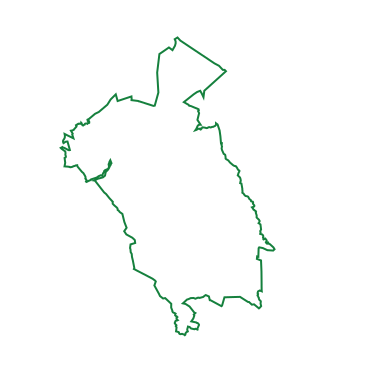 Coquimatlán, Colima, Mexico (orthographic projection), rotated 226°
{"feature_id": "50627088B5887634213656", "entity_name": "Coquimatlán", "entity_type": "district", "adm_level": 2, "iso_a3": "MEX", "parent_name": "Mexico", "parent_adm1": "Colima", "projection": "orthographic", "projection_center": [-103.915, 19.176], "detail": "fine", "context": "isolated", "style": "outline", "palette": "green", "viewbox_px": 384, "rotation_deg": 226, "n_neighbors": 0, "source": "geoboundaries", "source_scale": "gbopen_adm2", "svg_char_len": 5963}
<svg xmlns="http://www.w3.org/2000/svg" viewBox="0 0 384 384"><g transform="rotate(226 192 192)"><path d="M224.7,257.0L223.7,256.1L223.5,254.7L224.2,252.4L224.8,251.8L225.4,250.3L226.8,249.4L227.3,248.1L227.4,247.5L227.9,246.8L229.3,246.0L231.3,244.4L230.9,242.6L230.9,241.6L231.1,241.5L231.6,241.6L232.0,241.8L232.5,240.9L233.4,240.3L233.5,238.6L234.1,237.3L234.3,238.2L234.4,238.9L235.6,241.9L235.7,242.6L235.6,243.6L234.4,244.9L240.1,246.0L243.8,251.9L246.0,252.6L246.0,253.6L247.0,254.2L254.8,250.8L256.0,249.9L257.0,250.1L262.3,248.6L261.1,261.1L260.4,265.1L259.1,268.2L256.3,267.5L252.2,266.1L256.3,271.2L255.3,300.3L257.2,300.3L258.5,299.0L264.0,299.1L268.9,297.5L309.0,288.8L313.2,288.9L313.9,285.7L311.8,284.9L310.3,283.5L309.0,281.3L307.6,276.5L312.0,275.8L312.8,270.8L313.9,264.4L302.1,249.9L286.9,236.9L280.0,225.2L280.7,224.1L293.9,217.0L294.0,216.8L294.9,216.5L300.1,212.3L301.2,213.5L302.8,214.8L309.1,201.7L315.2,205.0L315.1,197.8L313.6,191.7L314.3,180.5L315.6,176.6L316.1,169.3L316.0,169.0L316.6,167.2L316.2,167.1L315.8,166.4L315.6,166.3L315.0,166.4L314.6,167.1L314.1,167.0L313.4,166.3L313.2,166.2L313.2,165.8L313.9,165.1L313.7,164.2L314.1,164.1L315.0,163.3L315.4,162.5L315.3,161.7L315.1,161.5L315.4,160.8L315.5,159.9L315.8,159.9L316.2,159.6L317.5,160.0L317.8,160.2L318.3,160.4L318.6,160.4L318.0,159.8L318.5,159.7L318.5,159.3L318.9,159.2L319.6,157.9L319.9,157.9L320.1,157.6L320.6,155.1L320.0,155.0L320.0,154.7L319.6,154.7L319.3,154.3L319.0,150.3L318.9,150.2L319.4,148.6L319.7,148.1L319.9,148.0L320.2,147.5L316.8,146.7L316.6,145.8L313.0,144.0L319.9,141.5L322.3,140.7L321.9,140.4L321.1,140.0L319.6,138.4L319.1,137.3L318.6,135.2L318.3,134.7L317.6,134.0L316.6,133.6L316.6,134.0L316.2,134.3L316.2,135.0L315.8,136.3L314.8,137.5L307.0,133.3L307.3,132.8L308.0,132.2L312.1,130.9L314.0,130.0L314.1,129.8L314.4,129.9L314.9,128.2L313.8,128.2L309.2,129.0L307.8,128.0L306.8,126.8L305.2,126.0L304.7,125.2L305.0,124.0L301.1,121.1L299.2,118.4L299.1,118.6L298.6,118.4L296.5,120.3L295.7,120.9L295.0,121.3L294.9,121.5L294.4,121.6L293.6,122.7L293.0,123.9L293.0,124.5L292.2,125.7L291.9,126.8L291.0,128.0L290.5,127.6L289.6,127.3L283.0,126.8L281.0,127.0L278.1,126.3L276.9,125.9L276.1,125.2L275.9,124.8L275.7,124.7L275.4,124.8L274.3,124.5L274.4,124.4L273.1,124.2L273.2,123.1L272.6,123.0L272.2,123.9L271.8,125.5L271.3,126.4L271.2,128.1L269.0,132.6L268.4,134.2L268.3,135.6L267.4,138.0L266.2,138.9L267.2,141.0L267.5,142.5L268.1,143.4L268.1,144.6L267.0,147.5L267.2,148.8L268.0,150.0L269.9,151.3L270.2,152.2L271.1,153.7L271.6,155.3L268.7,154.1L268.7,152.9L268.1,152.6L267.4,149.8L267.1,149.6L266.4,147.2L266.3,143.8L264.2,140.8L264.4,138.1L267.1,133.2L267.8,130.5L268.1,129.7L267.7,130.0L266.8,130.0L252.7,128.5L250.2,128.8L245.0,128.3L239.9,128.2L239.4,127.4L238.6,126.8L236.3,126.8L233.3,127.1L232.0,127.0L230.6,126.0L229.5,126.3L227.8,126.1L224.6,126.7L217.4,122.5L211.7,120.1L210.9,116.0L207.1,115.3L200.6,117.3L197.4,117.5L196.8,117.2L194.8,115.7L197.0,111.4L194.8,108.6L194.4,108.3L193.6,108.0L191.3,106.1L189.3,105.6L187.1,103.8L183.7,101.8L177.4,97.7L177.0,96.7L157.0,103.4L154.0,103.9L152.8,103.8L150.9,100.0L141.7,97.5L139.4,96.7L135.5,97.2L134.3,99.0L126.0,99.4L123.3,96.7L120.2,95.4L119.7,94.9L118.8,94.7L117.9,94.9L117.0,95.5L116.1,95.5L115.9,95.6L115.7,95.0L115.0,94.2L113.7,94.3L113.3,94.6L112.2,94.6L112.1,93.2L110.8,92.6L109.7,92.7L109.9,92.1L110.6,91.2L110.7,90.7L110.2,89.7L110.2,89.2L109.5,88.4L108.8,88.4L108.3,88.2L108.0,88.1L107.1,88.3L106.9,88.2L106.6,87.6L106.6,87.1L105.3,86.8L102.8,83.7L100.5,85.1L99.7,84.9L99.2,84.5L98.6,84.5L98.1,84.7L97.6,85.1L96.9,86.3L94.6,87.4L94.0,87.4L94.0,88.1L94.8,89.1L95.0,89.9L95.0,91.2L94.7,91.7L94.6,92.1L96.1,92.8L96.6,93.3L97.7,95.2L98.0,95.6L96.6,96.5L94.5,96.5L91.6,98.4L91.3,99.4L89.2,100.4L89.3,100.6L89.9,100.8L91.5,104.7L91.8,104.9L93.2,105.1L94.0,104.9L94.5,104.5L95.1,104.5L99.4,101.6L100.1,105.1L101.5,107.8L102.6,108.1L102.6,110.3L103.8,109.9L111.3,110.7L115.9,109.6L118.2,108.1L118.1,113.7L117.4,115.0L116.6,117.3L114.7,119.5L112.9,120.3L112.2,121.9L112.2,122.3L111.3,123.5L111.0,123.5L110.5,123.9L108.7,127.2L108.6,128.9L108.3,130.3L105.1,131.6L101.9,129.7L101.7,130.0L89.4,133.9L89.4,134.7L93.7,142.2L83.2,153.7L74.0,155.9L73.3,156.6L69.4,156.8L68.1,158.6L61.8,159.3L61.7,160.8L61.9,162.5L64.0,163.7L65.4,165.4L66.2,165.7L67.3,165.5L68.7,165.9L69.5,166.6L70.0,166.6L71.5,167.3L72.0,167.2L72.3,167.5L72.3,168.0L72.7,168.7L73.7,168.9L74.6,170.4L74.1,172.3L72.1,173.2L73.0,173.9L76.5,177.2L77.1,177.8L86.4,186.6L94.8,194.1L98.8,192.2L100.4,194.1L99.3,194.7L105.3,200.9L105.5,201.9L102.5,204.0L97.8,205.8L93.5,209.7L93.5,211.6L95.6,212.1L100.4,211.8L101.6,211.2L102.5,211.6L102.6,210.9L102.9,210.6L102.7,210.4L102.7,210.1L103.2,210.0L103.6,210.3L104.0,210.3L104.4,210.1L104.6,210.2L104.6,210.7L104.3,211.3L105.4,212.1L107.7,212.4L107.9,212.2L107.8,211.4L108.2,210.5L108.4,210.5L108.6,210.9L110.0,211.5L110.5,212.4L111.4,213.0L113.0,212.9L114.4,211.9L114.9,212.4L115.4,213.4L116.5,213.9L117.0,215.6L121.1,218.7L123.3,218.3L123.3,218.8L124.1,220.5L125.6,220.9L127.8,220.8L128.8,220.8L130.3,222.3L132.8,223.5L133.2,224.3L134.3,224.6L135.1,224.2L135.9,224.3L136.5,224.0L138.1,224.4L139.3,224.5L138.5,226.2L138.5,226.9L138.7,227.2L139.1,227.5L141.2,227.7L141.5,227.9L141.9,228.6L142.7,229.0L143.6,228.4L143.9,228.4L144.3,228.1L145.3,228.7L147.1,228.4L149.6,229.1L150.6,228.7L152.0,227.7L153.9,227.7L155.0,228.0L156.5,227.7L157.4,228.8L158.1,229.4L158.5,229.6L159.3,230.4L163.7,233.4L164.9,232.8L165.9,234.2L166.1,234.8L167.3,235.7L168.2,236.2L169.1,236.6L172.2,236.5L172.7,237.6L173.2,238.3L174.1,240.7L174.4,240.9L176.1,240.6L178.5,241.3L179.2,241.3L179.7,241.5L180.4,241.3L181.3,240.6L182.7,240.2L186.8,239.8L188.8,240.0L189.8,240.0L191.8,239.4L192.7,239.4L193.9,240.5L195.5,241.6L195.9,241.7L196.5,241.6L197.4,241.3L201.5,242.8L202.8,243.6L204.0,245.3L204.5,245.4L205.1,245.8L206.3,247.3L206.8,246.6L212.3,251.1L217.1,254.6L222.8,257.3L224.7,257.0Z" fill="none" stroke="#15803d" stroke-width="2"/></g></svg>